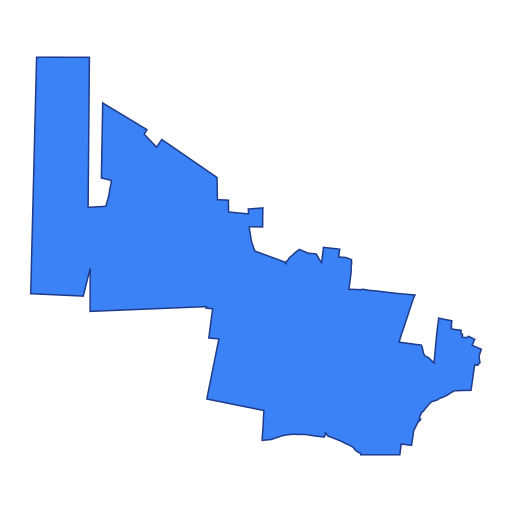 the district of Halachó, Yucatán, Mexico
{"feature_id": "50627088B14474633080003", "entity_name": "Halachó", "entity_type": "district", "adm_level": 2, "iso_a3": "MEX", "parent_name": "Mexico", "parent_adm1": "Yucatán", "projection": "orthographic", "projection_center": [-90.126, 20.586], "detail": "fine", "context": "isolated", "style": "filled", "palette": "blue", "viewbox_px": 512, "rotation_deg": 0, "n_neighbors": 0, "source": "geoboundaries", "source_scale": "gbopen_adm2", "svg_char_len": 4286}
<svg xmlns="http://www.w3.org/2000/svg" viewBox="0 0 512 512"><path d="M472.7,378.5L473.6,372.0L473.6,371.5L474.9,364.6L475.9,364.9L476.1,365.0L478.0,365.2L478.3,364.2L480.0,362.7L479.0,356.6L479.1,355.8L481.3,349.3L472.1,345.3L474.7,339.3L468.5,336.3L467.2,337.6L462.2,337.3L462.3,336.4L462.5,334.2L461.4,334.0L460.8,333.8L461.2,330.3L451.4,329.0L451.6,326.1L451.1,326.0L451.9,320.9L438.7,318.1L437.2,329.8L436.9,332.3L436.8,333.6L436.5,336.4L434.0,362.9L431.5,360.5L431.4,360.4L428.1,357.3L426.2,356.6L424.5,355.5L423.2,352.3L422.7,349.1L421.4,345.1L418.2,344.7L399.3,342.2L399.1,342.2L401.8,333.1L403.0,330.0L413.0,299.5L413.4,298.4L415.0,295.0L395.8,293.3L378.4,291.2L377.6,291.0L377.2,291.0L376.1,291.0L375.0,290.9L372.4,290.6L370.6,290.5L369.9,290.4L367.7,290.2L367.2,290.0L366.8,289.9L366.0,289.8L365.1,289.7L363.7,289.3L363.1,289.3L362.5,289.3L361.8,289.5L361.0,289.6L360.5,289.6L359.6,289.6L358.9,289.6L357.2,289.6L355.9,289.5L355.3,289.4L352.5,289.4L351.9,289.3L351.2,289.4L349.2,289.3L348.9,289.3L348.9,289.1L349.1,287.9L349.4,285.6L349.6,283.8L349.7,283.5L349.9,281.9L349.9,281.7L350.6,276.7L350.8,274.5L351.1,272.2L351.2,266.5L351.6,263.6L351.5,259.7L348.9,258.7L345.7,257.5L344.8,257.4L342.4,257.3L342.3,257.2L342.1,257.2L339.9,257.1L338.7,257.0L338.9,255.8L339.1,253.6L339.4,251.4L339.7,249.2L336.4,248.8L335.8,248.7L332.5,248.4L328.8,248.0L326.7,247.7L324.5,247.5L323.5,247.3L323.4,248.3L323.2,249.4L323.1,250.5L323.0,251.7L322.8,252.8L322.7,253.9L322.5,255.0L322.4,256.1L322.3,257.2L322.1,258.3L322.0,259.4L321.9,260.5L321.6,262.7L321.2,262.2L320.8,261.5L320.2,260.7L319.8,260.2L319.7,260.1L318.6,258.1L318.0,257.1L317.8,256.9L317.5,256.2L317.3,255.9L316.6,254.6L316.3,254.0L315.7,253.9L315.4,253.8L314.7,253.8L314.0,253.8L313.7,253.7L312.7,253.6L312.2,253.5L311.7,253.5L310.6,253.5L310.2,253.5L309.7,253.4L309.1,253.3L308.6,253.2L307.2,252.8L305.9,252.2L305.1,251.8L304.9,251.7L304.3,251.5L304.0,251.4L303.4,251.1L303.0,250.9L301.7,250.5L300.3,249.8L299.4,249.4L298.2,250.3L297.4,250.8L296.4,251.7L296.1,251.9L295.4,252.3L294.1,253.6L293.9,253.8L291.7,255.8L291.3,256.1L290.6,256.6L289.2,258.0L288.8,258.6L288.4,259.4L288.0,260.0L285.9,261.9L286.2,263.5L285.3,262.8L284.8,262.2L284.2,261.9L263.5,254.2L260.9,253.2L259.8,252.9L258.8,252.5L258.4,252.4L257.7,252.1L256.6,251.7L255.6,251.3L254.8,251.0L253.8,248.1L253.1,246.2L252.4,244.2L251.8,242.4L251.2,239.9L250.6,236.3L249.9,231.8L249.5,229.8L249.3,226.8L252.6,226.8L256.7,226.8L260.1,226.9L262.6,226.9L262.7,222.9L262.7,219.7L262.7,215.5L262.8,211.2L262.8,209.6L262.9,207.9L259.1,208.2L257.0,208.4L255.9,208.4L254.8,208.5L253.7,208.6L252.7,208.7L251.6,208.8L250.5,208.8L249.4,208.9L248.3,209.0L248.4,211.2L248.5,212.9L248.5,213.5L248.5,213.9L228.6,212.0L228.5,206.3L228.4,206.3L228.5,200.2L228.4,200.2L220.7,199.8L217.4,199.8L217.0,177.5L161.8,139.5L156.6,147.2L144.2,134.3L147.0,129.7L112.2,108.7L106.7,105.4L102.7,102.9L101.4,178.0L111.5,180.4L108.5,196.9L105.8,206.3L92.4,207.1L88.1,207.3L89.4,57.3L36.6,57.2L30.7,293.7L83.3,296.1L90.2,268.2L90.1,311.4L206.4,306.6L206.0,308.1L212.6,308.8L208.8,338.0L218.9,338.9L209.8,384.0L206.8,399.0L263.1,410.4L263.9,410.6L263.8,412.8L263.3,420.4L263.0,428.2L262.4,435.3L262.1,440.4L271.2,439.5L281.7,435.9L285.4,435.1L292.0,434.3L294.2,434.2L299.2,434.5L301.5,434.4L304.4,434.5L306.7,434.6L309.8,435.1L315.9,436.1L317.5,436.3L321.0,436.7L321.5,436.8L322.3,436.8L323.2,436.9L324.4,437.0L325.5,433.6L325.4,432.8L326.0,433.2L326.8,434.6L328.1,436.2L329.6,436.7L332.1,437.5L334.6,438.6L337.1,439.6L338.6,440.2L340.0,440.7L341.5,441.5L342.2,441.7L343.5,442.4L343.7,442.6L344.5,442.9L345.0,443.2L346.1,443.9L348.3,444.6L350.7,446.0L351.8,446.5L352.9,447.1L354.3,448.7L354.8,449.6L355.2,449.9L355.5,450.1L356.1,450.8L358.4,452.3L358.9,452.6L359.1,452.7L360.3,453.3L360.5,453.6L360.9,454.1L360.8,454.8L399.8,454.8L400.3,451.2L401.2,444.0L411.5,445.3L412.7,437.9L413.6,431.0L415.3,427.4L418.0,422.2L418.6,420.6L419.5,421.0L420.1,419.8L420.3,419.8L420.7,419.1L419.5,418.6L419.7,416.8L420.3,415.5L420.4,415.4L421.9,412.1L423.5,411.2L423.9,410.6L424.2,410.0L429.3,403.9L431.6,401.7L437.2,400.0L439.7,398.3L442.9,397.2L443.0,397.2L447.4,395.0L451.1,392.7L452.8,391.7L454.0,390.8L468.7,390.3L468.9,390.4L471.0,390.4L472.7,378.5Z" fill="#3b82f6" stroke="#1e3a8a" stroke-width="1.5"/></svg>